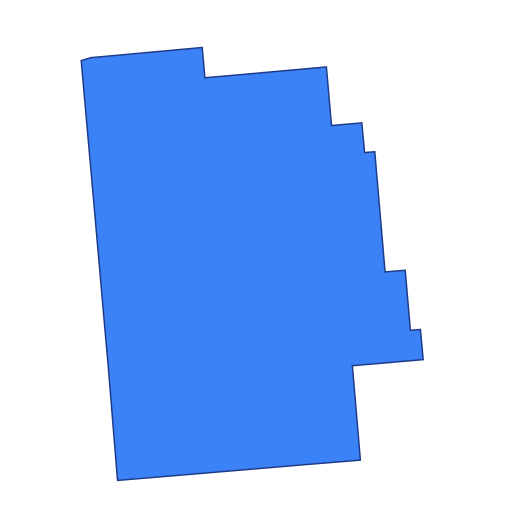 outline of Comanche, Oklahoma, United States of America, rotated 265°
{"feature_id": "52423323B36141291253557", "entity_name": "Comanche", "entity_type": "district", "adm_level": 2, "iso_a3": "USA", "parent_name": "United States of America", "parent_adm1": "Oklahoma", "projection": "orthographic", "projection_center": [-98.458, 34.631], "detail": "fine", "context": "isolated", "style": "filled", "palette": "blue", "viewbox_px": 512, "rotation_deg": 265, "n_neighbors": 0, "source": "geoboundaries", "source_scale": "gbopen_adm2", "svg_char_len": 438}
<svg xmlns="http://www.w3.org/2000/svg" viewBox="0 0 512 512"><g transform="rotate(265 256 256)"><path d="M163.0,99.2L44.5,98.5L43.9,281.3L43.6,342.2L124.7,342.4L138.3,342.4L138.2,413.5L168.5,413.4L168.5,403.3L228.8,403.4L228.9,383.2L349.5,383.4L349.6,373.2L379.4,373.0L379.4,342.6L438.2,342.6L438.0,220.6L468.4,220.6L468.0,108.8L465.9,98.9L296.7,99.1L205.8,99.1L163.0,99.2Z" fill="#3b82f6" stroke="#1e3a8a" stroke-width="1.5"/></g></svg>